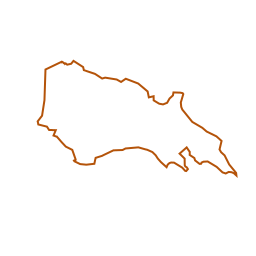 outline of St. Mary's, Maryland, United States of America, rotated 336°
{"feature_id": "52423323B54982247892787", "entity_name": "St. Mary's", "entity_type": "district", "adm_level": 2, "iso_a3": "USA", "parent_name": "United States of America", "parent_adm1": "Maryland", "projection": "orthographic", "projection_center": [-76.569, 38.273], "detail": "fine", "context": "isolated", "style": "outline", "palette": "amber", "viewbox_px": 256, "rotation_deg": 336, "n_neighbors": 0, "source": "geoboundaries", "source_scale": "gbopen_adm2", "svg_char_len": 1701}
<svg xmlns="http://www.w3.org/2000/svg" viewBox="0 0 256 256"><g transform="rotate(336 128 128)"><path d="M105.5,44.5L102.2,46.2L98.2,45.4L98.0,44.9L97.6,44.3L97.4,43.7L97.1,43.5L96.5,43.7L96.5,43.4L96.1,42.8L95.6,42.6L95.5,42.0L95.1,41.4L95.0,41.6L95.0,41.0L94.6,40.7L94.1,40.8L94.1,40.5L76.4,41.0L63.0,68.6L54.5,81.8L48.2,85.2L48.2,85.3L47.5,88.3L54.5,93.8L55.1,97.7L57.9,99.0L58.1,99.2L61.1,100.6L56.9,104.6L59.4,107.0L59.5,107.0L61.6,113.9L63.6,119.7L68.2,125.3L67.4,135.0L67.4,135.3L67.2,135.8L65.4,135.8L65.5,136.6L69.6,141.5L74.7,144.4L75.1,144.6L82.7,147.0L85.0,143.8L86.3,142.1L92.2,142.8L93.1,142.9L94.2,142.8L101.6,142.6L105.6,142.5L114.1,145.9L117.4,145.7L129.6,149.9L135.1,154.5L136.7,155.7L140.5,159.9L142.2,164.2L142.8,168.0L144.2,172.5L147.3,179.5L149.4,177.6L151.6,176.9L153.4,177.1L156.0,178.4L158.0,181.3L161.4,186.2L162.8,190.4L163.7,191.0L166.0,189.9L165.7,187.9L164.7,186.4L164.7,185.1L166.0,182.0L167.3,179.0L164.7,172.4L167.9,171.4L173.7,169.6L174.2,172.5L174.7,174.9L173.4,177.7L176.4,182.4L176.1,184.9L178.8,189.9L180.2,190.4L180.8,189.9L181.2,189.5L183.3,189.5L187.2,191.0L193.2,199.6L196.3,207.0L198.8,209.3L202.1,209.1L204.6,210.5L206.3,212.3L207.7,215.5L208.5,213.0L205.6,202.5L205.1,192.3L203.2,188.0L202.9,184.8L203.0,184.7L208.2,177.9L205.4,171.6L198.4,163.2L196.0,158.1L189.2,148.6L185.1,133.2L185.2,130.4L186.6,126.2L192.3,119.5L192.1,118.4L190.2,117.0L184.0,114.0L182.3,116.5L177.9,118.0L174.0,120.9L169.6,120.7L166.4,118.5L166.1,118.1L162.9,113.5L162.7,113.2L164.3,109.4L159.5,108.5L160.8,102.6L155.4,91.5L146.0,82.1L140.4,83.1L137.4,79.1L127.6,72.7L124.5,72.3L119.9,65.2L111.2,57.2L111.8,54.1L105.5,44.5Z" fill="none" stroke="#b45309" stroke-width="2"/></g></svg>